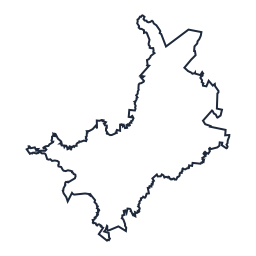 outline of Centro, Tabasco, Mexico
{"feature_id": "50627088B91103141200300", "entity_name": "Centro", "entity_type": "district", "adm_level": 2, "iso_a3": "MEX", "parent_name": "Mexico", "parent_adm1": "Tabasco", "projection": "natural_earth1", "projection_center": [-92.965, 18.027], "detail": "fine", "context": "isolated", "style": "outline", "palette": "slate", "viewbox_px": 256, "rotation_deg": 0, "n_neighbors": 0, "source": "geoboundaries", "source_scale": "gbopen_adm2", "svg_char_len": 5850}
<svg xmlns="http://www.w3.org/2000/svg" viewBox="0 0 256 256"><path d="M67.7,201.4L72.0,192.9L72.9,194.0L74.2,194.6L85.0,193.5L89.7,194.1L89.3,194.8L90.3,195.6L90.6,194.7L95.1,200.2L94.5,202.1L96.6,204.2L96.9,206.0L97.8,206.4L96.9,208.2L98.0,208.9L98.0,210.0L98.9,209.7L99.2,210.2L98.6,211.1L99.2,211.6L98.6,211.4L98.3,212.1L97.1,212.7L97.6,213.1L97.2,214.0L98.0,214.3L97.8,214.9L97.1,215.0L96.7,216.3L95.6,216.8L95.7,217.7L94.7,217.8L94.9,218.4L94.4,219.5L92.7,220.0L93.2,221.4L92.8,222.7L93.3,223.2L94.1,222.9L95.8,223.4L96.1,224.6L97.1,225.5L98.2,224.4L99.2,224.4L101.4,225.8L101.5,226.1L101.0,226.6L103.1,227.8L98.8,234.1L107.0,240.6L107.9,239.8L108.9,240.2L109.9,238.6L109.1,237.6L108.7,232.9L104.2,231.5L105.7,229.7L107.0,225.9L107.3,226.2L107.2,229.3L107.9,230.4L109.1,230.3L118.4,226.4L125.9,231.0L126.2,227.7L125.0,225.7L125.1,224.2L123.3,219.4L121.8,218.2L122.3,217.4L122.3,215.4L124.5,214.8L123.7,210.9L125.3,210.4L126.5,213.0L127.5,208.6L129.7,208.8L130.4,209.2L131.0,210.6L130.7,211.2L131.3,211.6L132.8,214.8L133.3,214.3L133.9,215.6L135.3,216.3L135.1,214.5L134.5,214.5L135.3,213.3L135.1,212.2L136.9,213.0L137.6,212.5L137.7,211.3L138.7,212.0L139.3,211.4L139.0,209.8L139.7,208.8L139.4,207.6L138.1,206.4L138.8,205.7L138.5,204.5L139.6,203.2L139.4,201.5L141.1,199.8L140.9,198.3L142.7,197.6L143.2,196.7L144.9,197.7L145.7,196.7L146.6,193.7L148.9,193.4L147.8,187.9L149.4,187.8L149.4,186.3L149.8,186.1L151.4,186.5L151.5,184.1L152.0,183.6L152.6,184.1L153.1,181.9L152.8,181.5L153.9,180.8L152.4,178.5L156.8,174.5L157.7,176.4L160.7,176.3L161.8,174.4L163.5,175.4L164.4,177.5L166.0,176.8L167.7,177.5L168.3,176.7L169.1,177.0L169.6,178.6L170.8,178.8L171.0,179.4L172.0,179.4L173.4,178.5L174.3,178.7L174.6,179.5L176.3,179.5L177.5,176.9L178.5,176.8L179.6,175.6L179.7,173.6L180.3,172.7L181.7,172.9L181.8,171.3L182.4,171.1L182.4,169.0L182.9,168.5L183.4,169.1L185.5,169.3L186.8,168.4L188.4,168.2L188.5,167.4L189.0,167.5L189.1,165.4L192.1,165.9L192.6,162.9L200.6,163.7L201.4,162.5L202.3,162.7L202.7,161.9L203.5,162.1L203.8,160.6L203.5,160.9L202.8,159.8L203.3,159.7L202.3,158.0L205.6,155.9L203.6,153.8L204.5,153.0L204.2,152.5L204.7,152.1L204.9,152.8L205.3,152.1L206.4,153.0L206.2,154.0L208.0,153.1L208.4,153.5L209.8,151.3L209.1,148.7L209.9,148.0L210.8,149.1L217.4,147.4L219.4,145.7L219.7,142.4L222.3,142.7L221.8,145.2L226.4,148.3L227.0,148.0L227.6,146.6L226.5,144.6L227.5,143.2L227.7,140.6L229.2,136.6L229.3,135.0L225.2,135.3L225.6,129.9L210.1,126.7L210.5,126.0L205.2,124.2L203.0,120.7L212.0,110.5L212.7,111.1L213.9,113.5L215.8,114.6L217.1,117.4L217.6,117.6L220.6,115.5L222.0,109.7L216.9,108.6L217.4,93.5L218.4,92.5L218.5,91.0L215.1,86.2L214.8,84.0L212.8,85.6L208.7,80.8L206.4,86.3L203.0,85.7L202.8,84.5L203.4,83.4L201.7,82.1L202.1,80.3L200.4,77.9L200.8,77.0L202.6,75.6L202.6,73.9L203.1,73.5L202.2,72.1L200.3,75.1L195.2,73.6L195.1,72.7L194.8,73.2L192.4,73.7L191.4,72.7L188.1,71.1L184.4,67.7L191.2,59.6L195.6,55.2L195.0,51.1L194.1,51.0L194.5,46.4L197.2,43.5L197.6,41.3L199.3,39.1L200.8,35.7L201.4,32.1L188.5,29.6L166.0,46.5L161.2,34.0L159.7,33.1L160.3,31.3L159.9,30.4L156.4,25.3L153.8,23.5L152.9,21.5L152.0,20.8L150.1,22.0L148.4,22.3L147.2,21.9L146.5,20.7L144.6,20.5L143.5,19.0L144.5,16.8L142.6,15.4L141.7,15.7L141.1,16.8L140.0,16.7L138.7,18.9L137.5,19.6L137.7,21.4L137.2,23.3L139.1,26.2L138.7,27.6L140.1,28.9L141.6,28.9L144.0,30.3L144.0,32.9L145.9,32.3L146.8,33.0L149.5,39.8L148.6,43.8L148.8,45.1L149.8,46.1L149.7,47.8L151.0,48.2L153.2,48.1L153.6,50.4L153.2,51.9L154.5,53.1L150.8,55.9L150.3,57.3L148.7,59.3L147.0,60.0L147.5,64.4L147.1,65.3L149.1,65.7L140.3,75.7L143.9,76.4L142.9,77.3L141.1,77.6L144.0,81.0L143.5,81.9L141.1,83.2L139.5,83.5L138.7,84.5L138.4,88.6L138.7,89.7L137.8,91.4L137.7,93.7L136.2,95.3L137.5,97.5L136.5,98.1L136.6,99.4L135.7,101.0L134.5,101.7L135.2,102.3L134.7,103.8L135.7,105.9L135.1,107.2L135.5,108.7L134.9,110.5L129.3,109.9L128.7,116.9L131.4,117.3L131.6,116.3L132.3,115.9L133.5,118.2L132.4,120.7L131.2,121.1L131.3,122.7L130.3,122.5L129.7,123.1L129.4,124.0L129.8,125.3L128.9,125.7L127.8,124.3L126.5,125.1L127.1,127.8L125.0,128.1L123.8,125.1L123.0,125.9L123.0,124.8L121.6,125.0L121.5,124.3L120.1,124.6L120.1,130.8L116.9,129.9L116.5,130.6L116.7,132.8L115.7,132.6L115.6,133.3L111.8,135.0L110.1,135.1L107.9,133.8L107.1,133.8L106.8,133.2L107.4,132.5L106.0,130.6L106.0,129.3L106.1,128.1L106.8,127.9L106.8,125.6L105.0,125.4L104.1,123.8L104.7,123.8L105.9,122.2L102.8,121.1L103.3,120.3L101.7,120.0L99.5,120.8L96.8,120.5L97.0,128.4L95.8,125.6L92.7,129.1L89.2,131.0L86.8,131.2L87.5,132.7L86.8,133.1L86.7,136.2L85.8,137.0L86.2,137.9L85.9,138.7L86.7,139.4L86.1,141.1L83.9,140.6L80.6,141.8L79.3,141.4L78.8,142.6L77.6,142.8L76.6,143.9L76.6,145.8L75.2,145.7L74.2,146.9L73.3,146.1L72.3,147.1L69.9,146.4L69.9,146.9L71.0,148.0L71.3,149.0L71.0,149.4L69.8,148.2L67.5,149.2L67.4,148.6L68.1,147.4L67.1,147.4L66.3,145.8L65.3,145.7L64.4,147.0L64.0,145.5L61.6,145.4L61.3,144.6L61.8,143.9L61.6,143.3L60.2,143.4L61.4,142.4L61.2,141.5L57.9,138.6L55.5,134.0L54.6,133.7L54.2,134.0L54.6,136.1L54.0,136.0L53.5,134.9L53.8,134.2L53.3,133.8L53.3,135.5L52.0,136.8L52.1,138.6L51.5,140.6L52.4,141.8L53.2,141.7L53.1,142.1L49.4,144.4L48.5,145.9L45.4,146.4L43.4,147.6L43.6,148.4L45.4,148.4L46.4,149.6L45.2,150.8L36.5,150.7L38.0,149.0L35.6,149.1L34.8,147.4L30.8,148.2L29.4,146.3L28.7,146.3L29.1,148.0L26.7,149.3L29.9,153.8L31.1,153.1L32.2,153.5L33.1,152.6L36.5,153.5L37.2,153.0L37.8,153.2L39.9,151.8L41.9,153.4L44.5,153.4L45.6,154.3L47.2,159.1L48.5,159.6L50.4,159.3L52.0,160.9L54.9,160.5L57.4,161.0L58.8,162.0L58.8,164.2L58.2,165.0L58.5,166.4L61.2,167.0L62.7,169.8L63.6,170.7L65.7,171.1L67.9,170.3L70.9,170.9L72.2,171.4L72.0,172.4L73.3,173.1L73.7,174.1L75.3,174.6L75.6,176.2L74.9,178.3L68.9,181.9L68.3,181.7L68.1,182.3L66.0,181.9L65.3,182.7L65.0,184.9L65.3,185.1L63.5,188.3L63.3,190.4L62.8,190.6L63.6,193.3L66.3,197.2L67.7,201.4Z" fill="none" stroke="#1e293b" stroke-width="2"/></svg>